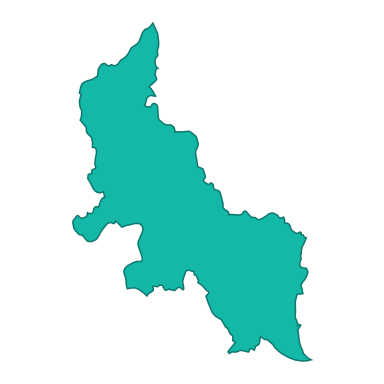 the district of Do Luong, Nghệ An, Vietnam
{"feature_id": "81297802B2130126961507", "entity_name": "Do Luong", "entity_type": "district", "adm_level": 2, "iso_a3": "VNM", "parent_name": "Vietnam", "parent_adm1": "Nghệ An", "projection": "equal_earth", "projection_center": [105.341, 18.916], "detail": "fine", "context": "isolated", "style": "filled", "palette": "teal", "viewbox_px": 384, "rotation_deg": 0, "n_neighbors": 0, "source": "geoboundaries", "source_scale": "gbopen_adm2", "svg_char_len": 5960}
<svg xmlns="http://www.w3.org/2000/svg" viewBox="0 0 384 384"><path d="M73.0,220.8L72.9,223.3L74.0,228.5L75.6,230.9L78.4,233.9L79.8,234.8L81.2,234.9L82.9,235.8L84.8,238.1L86.5,240.4L88.1,241.4L91.1,241.6L92.6,241.2L95.7,239.8L97.3,238.2L98.7,236.0L100.6,232.3L102.7,229.3L106.9,224.0L108.1,223.2L111.0,222.4L112.4,223.3L114.2,223.6L114.7,223.1L115.4,221.5L115.7,221.0L118.5,223.5L120.9,226.3L121.7,227.0L122.5,227.0L125.8,225.6L131.1,224.5L134.4,223.5L138.6,223.5L140.3,224.1L141.6,225.5L142.7,227.2L143.0,229.5L142.7,230.8L141.7,233.4L138.2,241.7L138.0,243.6L138.1,245.1L142.3,257.9L142.1,259.9L141.8,261.0L140.7,261.4L136.6,261.4L132.9,262.8L127.5,265.8L125.0,268.1L123.9,270.6L124.0,272.8L126.0,279.5L126.3,285.2L127.4,288.8L130.3,288.1L134.1,287.9L136.2,288.2L138.4,289.2L143.1,292.4L146.9,296.0L148.3,294.0L149.4,292.8L151.0,292.1L153.0,290.7L153.4,289.9L153.2,288.4L152.6,287.2L152.6,286.7L152.9,286.3L154.0,286.3L157.6,286.7L158.5,286.2L159.5,284.9L161.8,285.3L162.7,285.9L164.2,288.9L164.8,289.8L165.4,290.2L166.5,290.2L169.0,288.8L170.4,289.9L171.2,290.0L172.0,289.8L173.2,290.0L174.6,290.6L177.9,287.6L179.5,287.4L180.1,287.5L182.9,289.8L183.4,289.7L183.8,288.6L183.5,286.2L182.7,282.5L182.8,280.9L183.0,279.6L184.0,276.4L185.2,273.0L186.0,271.3L186.7,270.6L188.3,270.3L189.2,270.3L192.3,271.3L193.2,271.3L193.7,271.7L194.1,272.6L194.2,274.8L196.3,275.7L196.9,276.6L197.6,279.0L198.5,280.1L197.9,282.5L202.1,285.4L206.4,290.3L208.3,291.5L208.7,292.3L208.8,292.8L208.6,293.3L208.3,293.8L206.3,295.5L206.1,296.0L206.1,296.8L208.6,303.8L212.4,312.7L214.4,315.0L216.1,316.6L221.0,319.5L222.5,321.4L224.8,325.8L225.8,327.2L227.5,328.4L228.3,329.7L229.7,333.1L230.6,334.1L232.6,335.8L232.9,337.1L232.8,340.7L235.4,342.4L229.3,349.9L228.1,351.7L228.3,352.4L229.2,353.4L230.0,353.2L231.3,352.3L232.2,351.9L235.5,352.1L236.9,351.8L239.1,350.8L241.0,350.3L247.8,351.9L248.7,351.9L249.1,351.3L249.7,349.0L250.1,348.6L251.0,348.6L252.6,349.4L254.4,350.1L255.4,346.9L256.4,345.6L257.9,345.2L259.1,344.0L259.5,342.8L260.0,338.8L260.4,336.9L261.7,337.3L262.8,338.4L264.9,339.4L267.5,339.8L272.7,344.4L275.6,348.4L279.6,352.0L282.4,354.0L289.5,357.9L295.4,360.0L300.4,360.8L304.3,361.0L307.8,360.6L311.1,359.8L309.0,358.8L306.2,356.4L303.4,353.4L302.6,350.8L300.6,346.1L299.7,343.2L298.9,339.1L298.7,336.1L297.9,330.4L298.2,329.1L300.8,325.4L300.6,325.0L299.9,325.2L298.8,324.4L298.4,324.5L297.6,325.4L297.6,324.1L296.8,321.2L295.5,318.2L295.0,315.5L295.5,312.3L295.5,309.1L295.3,305.2L295.4,301.2L296.0,298.5L297.2,294.3L302.9,293.7L302.0,288.8L301.4,286.9L301.0,285.6L301.2,284.5L302.9,281.8L305.0,279.2L306.4,276.6L307.3,274.3L307.8,272.3L307.7,271.4L306.7,269.0L306.0,268.0L305.2,268.2L303.6,268.0L302.3,267.8L301.3,267.4L300.4,266.3L299.9,265.1L299.8,264.3L299.9,262.7L301.0,259.1L301.1,257.9L300.5,256.2L300.6,255.3L301.0,254.4L301.2,253.3L301.5,249.8L302.2,247.0L304.2,242.9L306.3,237.8L304.7,237.4L304.2,236.9L303.7,235.9L303.1,235.0L301.1,234.5L300.8,234.2L301.2,232.7L299.8,232.0L297.8,233.3L296.6,233.4L295.4,232.8L292.3,230.8L291.5,229.7L290.7,228.2L289.9,225.4L288.8,224.0L287.4,223.2L286.7,223.2L285.7,223.5L285.3,223.4L284.8,222.8L284.6,220.0L283.6,217.1L282.3,217.7L280.4,218.2L279.5,217.8L278.7,217.0L278.2,216.1L277.3,215.1L274.0,213.4L272.6,213.0L271.0,213.1L268.8,214.0L265.7,216.3L261.6,218.7L259.6,219.6L258.0,219.6L255.9,218.1L254.5,217.4L252.8,217.5L251.6,217.3L249.0,214.9L246.3,211.6L245.4,211.2L244.4,211.2L243.5,211.7L242.4,213.9L240.4,214.8L237.8,215.0L231.8,214.5L228.7,214.7L229.0,214.2L228.5,212.6L228.0,211.5L225.0,209.8L223.9,208.6L223.3,207.7L222.9,206.5L223.1,204.3L220.9,195.1L220.0,192.4L219.3,191.2L218.4,190.7L215.2,189.7L214.0,188.8L213.5,187.6L213.4,186.0L213.0,184.3L211.0,182.8L210.0,183.9L208.8,184.2L207.8,184.2L205.1,182.6L203.8,181.6L203.2,180.3L205.2,177.7L205.4,176.3L203.1,169.2L200.8,167.9L197.8,166.9L197.0,161.5L195.9,155.4L195.5,151.8L196.0,150.4L197.7,146.6L198.2,144.4L197.9,142.4L196.5,137.3L195.6,136.0L191.4,132.6L189.1,131.2L182.9,131.8L174.8,131.9L174.9,130.4L174.2,127.8L173.2,126.6L171.4,125.2L170.2,124.9L166.4,125.0L163.3,123.5L159.1,119.8L158.4,118.1L158.1,114.5L157.7,107.6L157.2,105.7L156.5,104.6L155.2,103.8L154.1,103.4L153.5,103.4L152.3,104.2L150.7,106.9L149.9,106.8L147.8,107.0L145.9,106.1L145.4,106.1L144.6,105.3L145.3,103.9L146.6,99.2L147.4,97.5L148.2,96.7L150.1,95.6L151.0,95.4L155.3,96.3L155.6,96.1L152.8,91.2L151.1,88.7L149.1,86.8L149.4,86.4L155.0,81.5L156.3,79.9L156.7,78.8L156.5,78.0L155.3,75.9L155.2,74.7L155.2,73.9L156.0,69.4L156.3,68.7L157.9,68.4L155.8,66.0L155.6,65.4L155.1,62.1L155.0,61.0L155.4,58.7L157.2,56.5L157.6,55.8L157.8,54.3L157.3,51.2L157.5,50.0L158.5,46.7L158.6,45.8L158.6,41.5L157.6,33.5L152.9,23.0L150.6,26.2L148.6,28.0L144.8,29.6L144.1,30.4L143.2,31.6L141.8,34.3L139.6,40.3L138.4,42.6L137.1,43.9L131.3,47.9L130.6,48.9L128.8,52.7L127.7,54.4L125.3,57.1L123.1,58.8L121.3,59.7L120.6,60.4L118.0,64.1L115.5,65.6L115.0,65.7L113.3,65.6L112.0,64.9L111.1,64.7L110.0,65.5L108.8,65.9L107.7,65.6L105.0,63.6L103.7,63.6L102.3,63.9L101.4,64.6L99.6,67.0L98.5,68.8L98.2,69.6L97.8,74.2L97.5,75.7L97.1,76.4L95.4,77.6L91.5,79.7L87.3,80.8L84.0,82.3L82.1,83.7L81.5,85.1L80.6,87.3L79.4,93.2L80.6,93.6L81.1,94.2L79.4,101.3L79.7,104.6L80.2,107.4L81.0,109.0L81.6,110.5L81.7,112.4L81.5,115.9L80.2,120.3L82.3,122.6L85.9,127.0L86.3,128.3L86.4,131.0L87.2,133.3L90.3,136.2L91.8,138.4L92.5,142.3L92.5,147.3L93.7,147.6L95.0,147.7L95.8,148.6L96.5,150.9L96.3,154.0L95.3,159.0L94.9,164.2L95.9,168.0L92.0,170.1L91.7,173.5L88.3,174.4L88.0,176.5L87.8,178.7L89.3,180.9L93.4,188.9L95.5,191.3L97.8,192.6L100.0,192.9L103.5,191.9L104.2,195.5L104.9,196.9L102.8,198.0L101.4,199.5L100.8,200.5L99.2,205.3L98.3,207.5L97.8,207.5L96.8,206.6L96.1,206.6L95.2,207.1L94.0,208.3L93.4,210.3L93.4,211.7L93.0,212.6L92.1,213.2L90.7,213.6L88.8,213.4L87.5,212.7L86.9,215.9L86.3,216.7L82.9,218.2L81.6,218.2L80.3,217.7L78.9,216.5L78.1,215.6L77.4,215.6L76.6,216.1L73.0,220.8Z" fill="#14b8a6" stroke="#0f766e" stroke-width="1.5"/></svg>